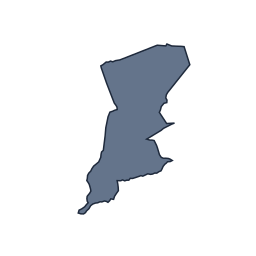 the district of Pilar, Alagoas, Brazil, rotated 300°
{"feature_id": "56859067B89686736514526", "entity_name": "Pilar", "entity_type": "district", "adm_level": 2, "iso_a3": "BRA", "parent_name": "Brazil", "parent_adm1": "Alagoas", "projection": "orthographic", "projection_center": [-36.057, -9.614], "detail": "fine", "context": "isolated", "style": "filled", "palette": "slate", "viewbox_px": 256, "rotation_deg": 300, "n_neighbors": 0, "source": "geoboundaries", "source_scale": "gbopen_adm2", "svg_char_len": 1758}
<svg xmlns="http://www.w3.org/2000/svg" viewBox="0 0 256 256"><g transform="rotate(300 128 128)"><path d="M29.5,127.4L30.1,130.1L31.4,132.5L33.5,133.5L35.3,133.5L38.6,134.5L42.1,134.5L44.5,135.5L46.7,137.3L48.1,139.2L50.1,140.6L50.9,142.3L53.0,144.1L53.6,145.9L53.6,147.8L55.9,148.5L58.0,148.5L59.0,151.2L62.1,150.5L65.7,150.7L68.9,151.0L71.7,149.2L74.2,147.3L77.0,144.9L78.7,148.1L80.3,149.2L80.6,151.6L82.2,153.0L83.2,154.8L85.5,155.1L86.6,157.2L89.0,159.4L91.6,161.7L93.2,163.0L93.7,164.9L96.1,166.6L98.2,168.0L99.1,170.7L100.5,172.4L102.3,173.6L103.3,175.5L105.6,176.6L107.4,178.0L109.7,177.9L112.3,177.6L115.0,178.0L116.7,178.7L118.5,179.1L120.1,181.4L122.0,182.6L122.1,180.1L121.8,178.2L120.8,176.0L119.5,173.8L119.2,171.5L120.6,168.6L122.6,166.5L124.0,165.0L125.8,163.1L127.3,161.3L130.2,156.9L129.6,155.0L128.5,153.1L127.7,149.7L142.6,157.9L145.4,158.9L153.0,163.8L155.5,165.8L151.2,159.2L157.2,147.3L159.7,147.1L163.2,146.1L167.4,146.8L169.4,148.9L171.7,147.8L172.9,145.7L175.9,144.6L178.7,144.6L213.7,149.9L226.5,135.9L225.3,133.2L223.1,129.1L220.9,124.8L220.2,119.7L218.0,119.7L214.3,111.9L182.9,86.9L180.1,83.5L177.7,81.7L177.2,79.4L175.2,78.0L174.2,76.1L172.1,75.3L170.4,74.7L168.2,73.4L166.7,74.8L157.9,85.0L156.0,87.2L142.7,103.7L141.6,106.3L140.6,108.0L138.6,109.4L136.6,107.5L134.8,106.3L132.7,104.4L127.8,105.1L117.0,108.7L109.8,112.1L96.3,117.8L94.0,117.1L91.8,117.8L88.9,119.1L86.7,119.3L84.0,119.6L80.9,118.5L77.8,117.3L74.6,117.1L72.1,117.3L69.3,116.6L66.7,116.7L63.9,118.0L61.9,118.6L60.9,120.7L59.8,122.6L58.1,124.4L56.4,126.1L54.8,127.4L52.3,127.4L50.5,127.1L48.4,126.8L46.3,127.7L44.3,129.2L43.3,130.9L41.0,130.3L38.1,129.9L36.4,129.1L34.7,128.3L32.4,126.7L29.5,127.4Z" fill="#64748b" stroke="#1e293b" stroke-width="1.5"/></g></svg>